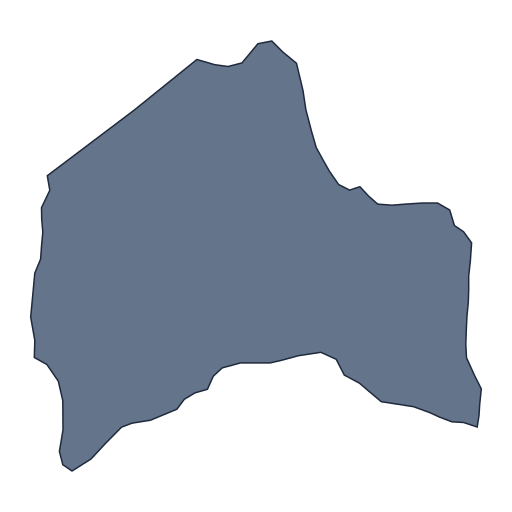 Tibau do Sul, Rio Grande do Norte, Brazil (Mercator projection)
{"feature_id": "56859067B6492648908192", "entity_name": "Tibau do Sul", "entity_type": "district", "adm_level": 2, "iso_a3": "BRA", "parent_name": "Brazil", "parent_adm1": "Rio Grande do Norte", "projection": "mercator", "projection_center": [-35.09, -6.24], "detail": "fine", "context": "isolated", "style": "filled", "palette": "slate", "viewbox_px": 512, "rotation_deg": 0, "n_neighbors": 0, "source": "geoboundaries", "source_scale": "gbopen_adm2", "svg_char_len": 1147}
<svg xmlns="http://www.w3.org/2000/svg" viewBox="0 0 512 512"><path d="M47.3,175.7L49.8,190.3L41.5,207.7L41.7,218.8L42.8,232.1L41.5,246.3L40.6,259.1L34.8,273.1L30.7,317.1L34.8,340.4L34.3,357.5L46.9,364.5L58.3,381.2L62.8,400.6L63.0,429.9L59.4,451.4L62.8,464.7L72.0,471.0L91.0,459.0L105.6,443.3L121.5,427.2L131.9,423.2L150.5,420.2L176.9,409.2L184.3,399.3L194.9,392.9L207.4,389.3L213.3,376.2L222.2,367.9L240.6,362.9L253.9,362.9L270.2,362.9L281.2,360.4L298.5,355.7L320.9,352.3L336.2,359.3L344.3,375.1L359.5,383.2L368.7,391.1L381.3,401.7L413.6,406.7L429.7,412.6L440.0,417.3L451.9,421.8L463.6,422.5L477.2,427.0L479.0,415.5L479.7,404.4L481.3,388.9L474.6,375.6L466.5,357.7L465.8,344.2L466.3,329.8L466.9,317.1L468.3,302.0L468.7,289.2L468.7,275.8L470.3,261.6L471.6,242.9L463.6,231.8L454.4,225.5L449.7,210.0L437.5,203.0L422.7,203.0L405.5,204.1L392.0,205.2L377.7,204.1L368.7,196.2L359.9,186.7L349.6,190.1L338.6,184.5L329.4,171.2L322.9,159.7L316.2,147.5L311.5,131.2L305.9,109.8L303.0,90.6L296.5,63.3L282.8,52.0L271.8,41.0L257.9,43.7L242.0,62.9L228.1,66.5L214.8,64.7L196.9,59.5L133.7,110.5L47.3,175.7Z" fill="#64748b" stroke="#1e293b" stroke-width="1.5"/></svg>